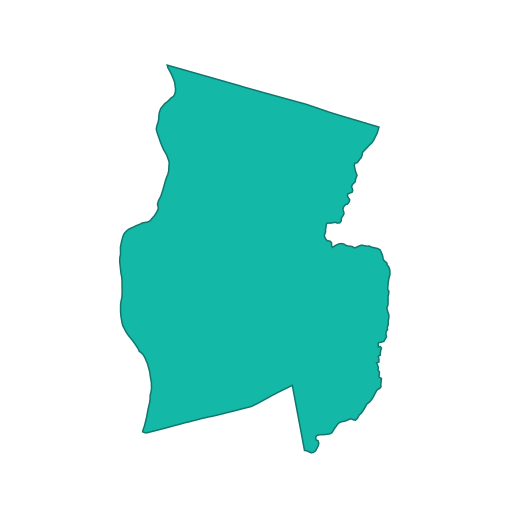 the district of Serra do Ramalho, Bahia, Brazil, rotated 170°
{"feature_id": "56859067B22034188427708", "entity_name": "Serra do Ramalho", "entity_type": "district", "adm_level": 2, "iso_a3": "BRA", "parent_name": "Brazil", "parent_adm1": "Bahia", "projection": "robinson", "projection_center": [-43.699, -13.494], "detail": "fine", "context": "isolated", "style": "filled", "palette": "teal", "viewbox_px": 512, "rotation_deg": 170, "n_neighbors": 0, "source": "geoboundaries", "source_scale": "gbopen_adm2", "svg_char_len": 4301}
<svg xmlns="http://www.w3.org/2000/svg" viewBox="0 0 512 512"><g transform="rotate(170 256 256)"><path d="M242.0,56.1L240.1,55.5L237.8,53.9L235.8,52.6L233.6,52.6L231.1,53.9L229.3,56.2L227.7,58.3L226.7,60.5L226.9,63.2L228.7,64.5L228.8,67.1L227.0,68.7L224.4,68.9L222.1,68.6L220.3,68.3L217.4,68.1L215.0,68.0L213.3,68.2L211.6,69.1L209.7,71.3L208.0,73.1L206.7,74.3L204.7,76.3L202.4,77.6L200.3,77.9L198.6,77.9L196.1,78.1L192.6,78.9L190.5,79.2L188.6,77.8L186.7,77.0L184.6,78.3L183.3,79.8L181.9,81.6L179.7,82.8L177.7,84.8L175.7,87.0L174.3,88.7L172.7,90.8L170.8,91.8L169.2,92.7L167.0,94.6L164.9,96.9L163.3,99.1L162.0,100.7L160.1,103.1L157.0,104.2L155.6,105.6L155.4,108.0L154.6,110.5L153.7,113.6L156.0,115.5L155.0,118.4L154.6,120.3L155.7,122.6L154.8,125.0L155.2,127.4L155.9,129.9L153.4,130.2L152.8,133.0L153.1,136.0L150.8,136.7L150.5,138.5L149.6,141.4L148.4,143.5L149.4,145.3L151.3,145.3L151.1,147.3L150.5,149.3L147.5,149.4L144.9,149.7L143.2,151.8L141.5,153.7L141.6,156.5L140.9,159.2L139.3,160.4L139.1,162.9L137.8,165.2L137.3,167.3L136.9,169.4L135.9,172.1L135.4,174.9L135.9,177.9L136.1,180.5L136.1,182.5L134.8,184.3L134.2,186.1L133.9,188.3L133.4,190.2L133.2,192.7L132.0,195.5L131.3,198.0L132.1,200.4L131.5,202.7L130.7,205.8L129.6,209.3L128.7,211.6L127.3,214.5L126.8,217.5L126.7,219.7L127.2,222.3L128.4,224.4L128.3,226.4L130.2,228.6L131.4,230.6L131.2,233.1L131.5,235.7L132.1,238.2L132.8,240.6L135.0,242.3L138.6,243.8L141.2,244.9L142.7,246.2L145.0,246.4L147.8,247.5L150.2,248.4L153.1,247.9L155.7,247.2L157.8,246.9L159.4,248.5L161.2,249.2L163.2,249.7L165.3,250.6L167.0,252.2L168.8,253.2L171.7,253.6L174.6,253.0L176.9,252.2L179.4,251.2L179.7,253.5L179.3,256.1L180.6,257.8L183.3,258.8L184.6,261.0L185.2,263.6L184.7,265.4L183.3,267.6L183.0,269.8L182.2,271.9L181.3,274.8L180.1,276.1L176.9,275.4L174.3,275.4L172.1,275.4L170.3,274.3L167.7,274.1L165.9,275.8L165.3,278.6L163.6,280.3L162.1,282.1L161.9,284.1L162.4,286.7L161.1,289.3L158.9,291.0L156.8,291.3L154.8,293.2L153.9,295.1L154.8,297.0L155.5,299.0L155.0,301.2L152.7,301.7L150.3,302.1L149.4,303.6L149.4,305.6L149.9,307.6L148.5,309.8L145.6,311.7L144.2,315.1L142.5,317.8L143.3,322.1L143.4,324.4L143.5,328.1L142.7,330.1L140.2,330.3L138.6,331.6L136.9,333.4L135.4,334.4L134.1,336.7L133.1,339.5L131.3,340.9L129.6,342.1L127.3,343.8L125.1,345.5L122.5,347.1L120.4,349.1L117.5,353.0L115.4,355.8L112.5,361.6L149.3,380.0L159.4,385.2L179.8,396.5L222.2,416.6L239.7,425.0L242.1,426.3L310.3,459.4L310.1,456.8L308.9,453.4L307.7,449.5L306.7,445.3L306.0,441.8L306.2,434.7L306.7,432.3L308.1,429.2L309.7,427.4L312.3,426.4L315.6,423.9L319.5,421.8L324.2,417.8L326.3,414.1L327.1,411.7L327.9,408.2L328.9,405.4L330.1,403.1L331.3,400.8L332.2,398.2L331.9,394.6L330.3,384.5L329.5,380.7L328.6,377.0L327.3,373.5L326.4,370.8L325.9,368.0L325.5,365.7L325.2,363.3L325.8,361.0L326.5,358.1L327.3,354.7L328.7,351.6L330.4,349.1L332.3,345.5L336.2,337.3L339.4,331.3L342.4,327.5L344.1,323.9L343.8,321.9L344.0,319.6L346.1,316.5L349.2,313.1L351.4,311.5L352.7,310.3L354.8,308.8L356.8,308.3L360.3,308.3L362.8,308.2L364.5,307.5L367.1,307.0L369.5,306.5L371.6,305.8L374.1,305.2L376.2,304.7L378.6,303.5L381.0,301.8L382.4,300.4L383.7,298.2L384.9,295.8L386.2,292.9L387.1,290.6L388.0,288.2L388.6,284.4L389.2,280.9L390.2,278.6L390.9,275.8L391.3,273.3L391.5,269.6L391.9,263.9L392.0,261.8L391.9,258.6L392.2,255.4L392.5,253.4L393.3,248.7L394.1,243.7L394.8,240.6L395.3,238.4L396.8,234.8L397.9,231.2L399.1,224.4L399.5,219.7L399.5,215.6L399.5,213.2L399.3,210.5L398.5,208.1L397.3,204.1L395.3,199.6L392.9,195.4L390.4,190.4L388.2,185.3L387.5,182.4L385.7,180.5L384.3,178.5L383.0,174.9L382.4,172.3L381.6,169.0L381.4,166.6L381.1,164.2L380.8,159.8L381.0,156.0L381.0,149.7L381.9,143.6L383.2,139.9L384.1,138.1L384.7,136.0L385.1,133.6L386.2,130.1L388.8,124.1L391.8,116.1L393.9,111.3L395.4,107.9L397.3,104.6L398.2,102.6L396.2,101.3L394.4,100.8L386.2,101.4L375.6,102.2L367.4,103.0L365.3,103.2L363.3,103.3L359.0,103.7L353.9,104.2L352.1,104.2L349.7,104.4L346.0,104.7L343.1,104.9L340.7,105.1L338.8,105.3L336.6,105.4L332.7,105.6L330.4,105.8L327.6,105.7L322.4,106.0L318.1,106.3L315.8,106.4L314.0,106.6L311.1,106.8L303.7,107.3L296.5,107.9L294.4,108.0L286.8,108.6L284.3,109.3L280.8,110.3L276.9,111.6L273.6,112.7L266.1,115.3L261.3,116.8L259.2,117.5L255.6,118.6L242.7,122.3L242.0,56.1Z" fill="#14b8a6" stroke="#0f766e" stroke-width="1.5"/></g></svg>